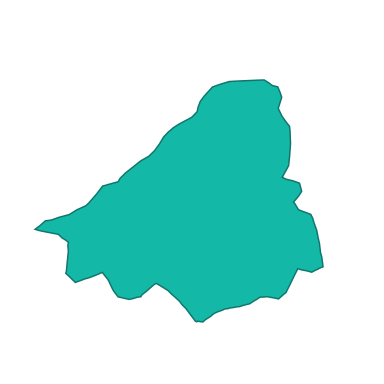 Al-Hamdaniya, Ninawa, Iraq (Robinson projection), rotated 193°
{"feature_id": "34846034B85609080446552", "entity_name": "Al-Hamdaniya", "entity_type": "district", "adm_level": 2, "iso_a3": "IRQ", "parent_name": "Iraq", "parent_adm1": "Ninawa", "projection": "robinson", "projection_center": [43.429, 36.19], "detail": "fine", "context": "isolated", "style": "filled", "palette": "teal", "viewbox_px": 384, "rotation_deg": 193, "n_neighbors": 0, "source": "geoboundaries", "source_scale": "gbopen_adm2", "svg_char_len": 1952}
<svg xmlns="http://www.w3.org/2000/svg" viewBox="0 0 384 384"><g transform="rotate(193 192 192)"><path d="M221.5,77.2L218.3,78.4L217.7,80.6L214.7,84.2L211.7,88.3L208.9,92.3L206.6,94.9L204.2,94.3L196.9,91.9L193.0,90.5L189.0,87.9L185.2,85.9L179.7,82.8L176.4,80.0L171.6,77.0L167.9,73.8L163.6,70.2L159.8,67.0L158.3,66.6L157.2,67.4L154.0,67.6L152.2,67.8L150.2,70.6L145.9,75.0L143.2,78.6L139.8,81.2L136.0,83.6L133.6,85.5L131.0,86.3L129.0,87.5L125.8,88.7L122.7,90.1L119.7,91.1L116.2,93.3L114.2,94.3L110.6,96.1L107.6,99.3L104.6,102.1L102.1,104.9L100.1,105.3L95.2,106.9L87.2,107.3L84.5,107.3L83.6,107.3L79.1,113.7L77.9,114.9L75.6,124.3L73.4,134.1L72.1,139.2L71.8,141.0L67.1,140.8L62.6,141.0L57.3,140.8L55.0,142.8L51.7,145.4L51.4,145.8L49.3,147.4L47.5,148.6L48.5,151.4L51.2,158.4L53.2,162.0L56.2,170.4L59.0,176.2L61.8,182.6L65.8,188.8L68.6,193.7L71.2,196.9L76.9,197.7L82.2,198.3L84.5,198.9L89.5,204.1L90.8,204.9L87.0,212.5L85.3,217.3L89.2,224.8L96.1,225.6L102.9,225.6L107.4,226.6L105.8,232.2L103.8,239.4L104.9,248.5L106.9,261.5L107.5,263.5L110.2,273.5L111.8,278.0L115.5,280.9L121.3,286.0L126.8,292.9L125.9,304.4L128.4,308.6L132.1,313.7L138.1,313.9L141.4,315.5L146.9,317.4L153.3,315.7L173.1,310.2L180.6,308.0L189.4,302.9L195.7,298.9L201.6,288.3L204.3,282.2L205.1,276.5L205.1,271.3L209.0,264.8L215.3,259.3L220.6,254.6L224.9,250.1L228.6,245.0L232.0,239.3L234.5,231.5L237.8,223.8L242.3,216.9L248.8,211.0L261.1,195.6L265.0,189.4L265.5,188.0L266.2,185.4L280.4,177.7L284.6,168.4L290.3,157.7L292.4,154.7L300.1,148.8L306.5,142.4L316.1,137.3L322.8,133.0L328.4,130.9L333.0,124.5L336.5,120.4L332.9,120.1L329.4,120.1L323.4,120.3L313.8,120.7L312.3,120.5L308.4,118.1L303.7,116.5L301.1,115.1L300.9,111.7L299.2,106.7L298.1,98.1L296.6,86.7L296.7,84.4L290.6,80.8L285.3,77.6L277.2,83.0L272.7,85.5L267.6,88.9L261.3,93.5L257.4,90.3L254.3,87.9L252.1,85.3L248.3,80.4L246.0,77.8L240.4,73.2L229.1,73.2L225.3,75.0L221.5,77.2Z" fill="#14b8a6" stroke="#0f766e" stroke-width="1.5"/></g></svg>